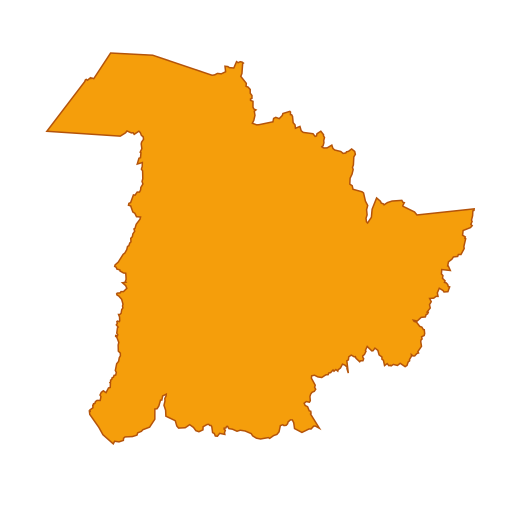 Tinogasta, Catamarca, Argentina, rotated 183°
{"feature_id": "61730980B86901307553736", "entity_name": "Tinogasta", "entity_type": "district", "adm_level": 2, "iso_a3": "ARG", "parent_name": "Argentina", "parent_adm1": "Catamarca", "projection": "natural_earth1", "projection_center": [-68.378, -27.542], "detail": "fine", "context": "isolated", "style": "filled", "palette": "amber", "viewbox_px": 512, "rotation_deg": 183, "n_neighbors": 0, "source": "geoboundaries", "source_scale": "gbopen_adm2", "svg_char_len": 6007}
<svg xmlns="http://www.w3.org/2000/svg" viewBox="0 0 512 512"><g transform="rotate(183 256 256)"><path d="M471.4,369.6L397.8,368.6L392.7,372.2L391.4,374.1L386.9,372.4L385.2,372.7L384.0,371.1L379.5,374.5L378.0,373.2L376.7,370.4L375.0,369.3L374.4,366.7L376.2,363.7L376.5,361.9L375.6,357.2L377.1,353.6L376.3,353.1L376.5,348.1L378.0,347.5L379.4,341.6L374.4,343.4L374.3,339.5L375.0,336.7L373.7,335.1L373.1,327.2L373.7,324.5L372.7,322.0L374.6,318.4L374.7,315.9L375.7,313.7L378.0,313.6L380.0,310.4L381.6,310.6L384.0,302.8L385.7,301.9L386.0,300.0L383.8,299.5L381.3,293.5L379.2,292.3L377.4,289.0L373.3,288.9L373.8,286.6L377.3,281.4L378.3,277.2L379.3,276.6L378.4,274.4L380.1,271.7L380.5,268.8L382.0,267.1L381.6,263.6L382.8,262.3L383.5,259.6L384.8,258.8L385.4,255.6L387.2,252.0L388.7,250.8L393.3,242.6L396.2,239.8L396.6,238.2L395.0,237.4L394.3,235.7L391.2,234.9L391.0,233.9L387.4,232.1L385.2,232.0L384.8,229.0L384.5,225.8L385.2,223.7L384.5,223.0L388.0,222.3L384.6,219.6L383.3,217.0L386.5,213.5L388.9,213.4L389.8,212.0L392.6,211.7L393.2,210.9L392.7,209.7L391.0,208.9L387.9,205.7L386.3,200.9L386.7,199.1L386.2,197.2L387.3,195.4L387.7,191.8L388.8,190.5L390.2,190.4L389.1,188.0L388.7,184.1L389.1,183.3L390.8,183.8L391.5,183.3L391.0,181.4L391.9,179.9L389.9,177.8L390.6,177.0L391.0,171.7L389.9,170.1L390.2,169.0L391.9,169.3L392.0,168.5L390.7,167.5L388.5,162.5L389.0,159.9L388.5,153.8L386.4,151.9L386.2,149.2L387.2,147.3L387.7,143.6L389.5,141.1L390.5,134.3L389.4,132.4L389.9,129.7L391.5,129.4L392.0,127.5L393.3,126.9L393.6,125.3L394.7,124.4L394.6,122.7L395.3,121.9L394.7,121.3L394.7,117.1L396.4,116.5L398.6,111.7L401.4,113.4L403.4,111.7L404.5,109.0L403.5,107.5L404.0,103.6L407.1,103.5L408.7,102.2L409.2,100.4L410.5,100.0L410.5,98.9L411.2,98.5L410.9,95.9L413.8,93.6L413.5,92.3L414.3,92.4L413.7,89.1L404.0,76.7L399.5,69.5L388.7,60.9L387.5,63.6L383.1,63.2L378.8,64.9L378.7,67.1L377.2,68.5L370.0,69.2L365.5,70.9L364.9,73.2L361.3,74.9L359.9,76.6L353.3,79.5L348.5,87.7L349.0,97.9L346.8,98.3L345.2,101.1L343.8,107.1L342.5,107.2L341.9,111.4L338.4,113.3L338.5,111.4L339.6,108.9L339.3,106.5L340.1,102.1L338.2,97.3L337.6,91.3L328.0,87.3L326.2,82.1L324.3,80.1L317.7,80.8L313.4,84.1L309.4,81.5L306.9,78.4L303.8,77.5L299.9,79.6L299.9,82.7L296.0,85.2L294.3,85.4L293.4,84.4L292.0,84.4L291.2,83.1L290.1,77.4L288.4,76.6L287.2,74.1L285.1,74.0L283.0,77.0L277.8,76.2L278.2,77.9L277.5,80.4L278.7,81.3L278.8,82.4L277.2,82.6L276.5,84.2L275.5,84.4L274.0,82.2L270.4,81.8L265.8,80.0L262.6,81.2L257.8,80.7L251.5,78.4L249.9,76.2L246.1,74.1L241.9,73.5L234.2,75.3L232.8,74.6L229.0,77.6L225.8,78.9L223.8,81.6L222.8,87.9L220.4,88.9L219.2,88.1L217.0,88.5L215.7,90.1L215.3,91.9L213.0,94.2L211.1,94.2L209.6,91.4L208.5,85.7L200.9,82.2L193.9,86.1L192.0,86.1L189.5,89.1L187.9,89.3L183.7,87.3L193.3,101.1L192.8,101.8L193.2,103.8L194.7,104.2L196.6,108.2L199.1,109.3L200.2,111.5L198.2,113.3L195.0,112.8L194.2,114.3L194.8,118.4L194.2,120.9L192.8,122.9L190.7,123.9L189.4,126.1L190.6,127.9L190.1,130.1L194.3,136.9L194.1,139.3L191.4,140.0L187.9,138.5L184.0,138.1L180.0,141.0L177.7,141.3L177.2,143.0L175.4,143.4L173.1,146.2L172.1,145.0L170.3,146.8L168.3,145.3L168.0,146.7L165.8,148.6L164.0,152.5L161.7,151.8L159.2,149.8L159.3,148.3L157.7,143.9L159.8,156.1L158.3,157.1L158.1,160.2L155.7,162.0L152.5,160.4L151.5,160.7L150.8,159.1L146.9,155.8L146.2,156.8L143.7,157.0L143.1,159.1L144.1,160.5L144.2,161.8L142.6,163.3L141.2,166.6L141.8,167.6L140.2,171.5L135.4,167.3L134.2,167.5L132.4,170.2L129.4,168.2L127.9,163.7L125.0,161.8L124.8,159.5L123.3,158.5L121.9,153.3L119.4,155.4L117.5,153.4L116.1,153.9L115.4,153.3L113.2,154.9L109.0,154.1L106.4,156.4L101.3,153.3L99.5,154.6L98.5,158.1L97.1,159.4L97.3,160.7L95.5,164.1L95.7,165.7L94.0,164.4L92.3,164.5L90.4,166.9L88.6,167.7L89.4,168.9L86.0,174.5L87.0,179.1L86.8,180.8L85.8,181.8L86.4,184.0L83.9,185.4L83.5,187.4L84.1,191.2L85.0,191.3L86.7,193.7L88.8,194.3L92.2,198.3L94.7,199.0L95.5,200.1L91.6,199.5L87.8,203.4L83.7,204.0L83.0,206.5L81.7,207.1L81.0,208.8L82.2,209.0L79.3,213.2L80.2,216.6L78.6,219.5L80.4,222.7L76.3,223.2L74.1,225.1L72.1,225.2L73.0,228.7L71.3,233.4L67.4,231.3L66.4,229.9L62.5,230.4L61.0,235.3L62.4,235.6L63.1,237.6L64.6,239.1L66.4,239.5L65.9,241.1L68.6,243.5L68.3,246.2L69.9,247.8L69.8,252.2L61.2,251.7L63.4,256.0L64.1,256.1L63.5,260.2L60.1,263.2L58.8,265.4L54.6,266.1L54.0,268.1L51.4,268.2L48.5,274.3L48.9,276.4L47.5,284.3L48.4,284.7L48.0,286.0L50.8,287.6L50.5,292.3L43.3,295.6L41.7,297.6L43.1,298.9L42.0,301.8L42.7,303.0L41.8,307.6L41.8,312.4L40.7,312.9L40.6,314.5L97.4,305.4L100.0,308.3L111.8,313.3L112.1,313.9L110.7,317.0L112.0,317.2L113.3,319.2L123.0,318.0L127.6,316.2L130.8,313.8L131.5,314.7L133.7,315.4L134.6,317.2L138.6,320.3L142.5,308.8L142.8,300.7L146.3,294.8L147.5,296.0L148.1,299.4L147.2,302.9L148.0,308.0L147.1,312.3L149.6,316.5L151.9,324.6L153.5,325.7L162.6,327.7L163.6,331.2L166.1,332.7L166.1,338.6L164.4,342.7L163.5,347.4L164.3,349.6L163.5,352.0L163.5,360.1L162.1,362.7L162.9,365.6L166.1,367.9L169.2,365.3L171.1,364.8L171.7,363.6L174.4,363.0L176.8,364.8L183.0,366.0L184.8,367.4L186.1,370.7L190.6,367.7L194.0,367.4L195.6,368.1L196.0,368.6L194.8,369.5L194.1,372.7L194.4,374.9L193.8,377.9L194.9,379.5L194.9,380.7L197.8,384.0L201.5,381.3L201.9,379.1L203.2,378.5L205.5,381.1L215.3,381.9L217.4,383.4L218.9,387.7L223.3,385.6L223.9,389.0L225.9,391.1L226.8,397.2L227.8,398.9L229.0,399.0L229.1,401.6L229.8,402.2L236.6,399.7L237.1,397.7L240.0,394.4L243.5,395.5L245.6,394.3L246.1,390.9L259.8,387.3L262.2,387.0L266.6,388.4L265.3,391.3L264.4,396.4L265.3,400.5L263.7,401.9L265.7,402.6L266.8,404.4L267.1,410.3L269.6,411.1L269.7,412.5L268.3,413.2L268.4,416.0L270.3,418.3L270.5,422.0L272.8,424.3L274.8,424.9L274.7,427.9L280.6,434.6L279.6,437.5L279.4,447.4L278.7,448.0L280.0,448.9L281.9,449.2L284.0,448.1L285.6,449.1L288.0,442.6L292.5,442.7L294.0,443.7L296.9,443.9L296.0,438.4L300.2,436.1L304.1,436.3L306.8,434.7L309.3,434.2L369.7,451.1L411.8,451.1L427.3,424.6L429.5,425.2L430.1,424.6L430.7,425.3L433.5,422.7L434.8,423.5L435.8,422.6L436.0,421.4L471.4,369.6Z" fill="#f59e0b" stroke="#b45309" stroke-width="1.5"/></g></svg>